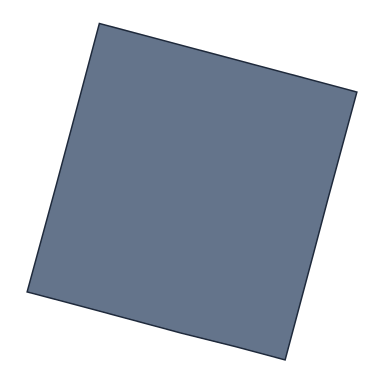 outline of McPherson, Kansas, United States of America, rotated 285°
{"feature_id": "52423323B31241610916517", "entity_name": "McPherson", "entity_type": "district", "adm_level": 2, "iso_a3": "USA", "parent_name": "United States of America", "parent_adm1": "Kansas", "projection": "robinson", "projection_center": [-97.687, 38.392], "detail": "fine", "context": "isolated", "style": "filled", "palette": "slate", "viewbox_px": 384, "rotation_deg": 285, "n_neighbors": 0, "source": "geoboundaries", "source_scale": "gbopen_adm2", "svg_char_len": 328}
<svg xmlns="http://www.w3.org/2000/svg" viewBox="0 0 384 384"><g transform="rotate(285 192 192)"><path d="M52.8,58.6L53.0,111.9L52.9,218.8L53.9,274.6L53.9,325.4L164.9,325.3L220.2,325.1L331.2,325.4L331.2,272.1L331.1,218.8L330.8,58.9L219.7,59.1L164.1,59.1L52.8,58.6Z" fill="#64748b" stroke="#1e293b" stroke-width="1.5"/></g></svg>